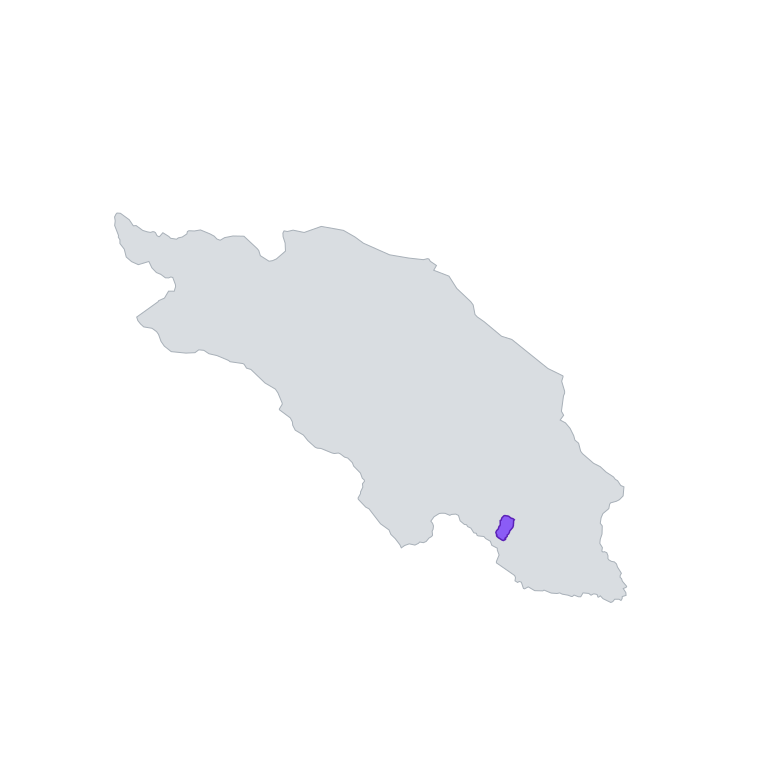 location of O'ndorxangai, Uvs, Mongolia, rotated 212°
{"feature_id": "93677404B26996117801254", "entity_name": "O'ndorxangai", "entity_type": "district", "adm_level": 2, "iso_a3": "MNG", "parent_name": "Mongolia", "parent_adm1": "Uvs", "projection": "robinson", "projection_center": [94.78, 49.157], "detail": "fine", "context": "in_parent", "style": "filled", "palette": "violet", "viewbox_px": 768, "rotation_deg": 212, "n_neighbors": 0, "source": "geoboundaries", "source_scale": "gbopen_adm2", "svg_char_len": 4978}
<svg xmlns="http://www.w3.org/2000/svg" viewBox="0 0 768 768"><g transform="rotate(212 384 384)"><path d="M68.3,326.0L70.7,326.0L74.3,323.7L74.7,320.6L75.9,318.9L84.5,318.0L88.3,319.0L89.0,317.0L89.7,316.7L91.8,318.4L93.8,317.7L95.2,316.9L96.5,314.6L99.4,314.9L104.5,312.3L104.4,307.8L106.4,306.6L111.0,305.7L111.6,303.7L112.5,303.1L115.8,302.5L121.6,300.2L124.2,300.0L126.3,298.0L131.4,295.3L139.1,294.0L139.7,292.7L146.7,288.6L154.2,288.4L156.2,284.8L157.4,284.5L162.5,288.7L164.7,288.2L165.5,286.5L168.6,286.5L169.9,289.5L171.7,290.8L193.9,291.9L194.6,293.0L195.8,300.0L199.9,303.2L200.9,304.8L207.0,304.3L210.5,307.0L215.8,306.8L218.5,307.6L223.6,305.1L224.9,305.0L226.5,306.3L229.0,305.4L233.9,307.8L237.5,307.4L239.4,308.4L241.5,307.5L246.9,308.3L251.2,312.0L254.2,311.7L257.6,309.2L258.6,307.5L263.7,306.7L266.6,305.0L268.5,303.5L271.2,298.0L271.6,292.5L269.0,291.6L266.8,289.8L265.4,286.8L265.2,284.7L262.7,281.5L262.8,279.9L264.2,277.2L264.8,272.8L266.5,270.3L270.0,268.9L270.3,267.2L272.4,263.8L277.9,261.8L280.9,258.0L282.5,254.2L285.3,256.1L292.5,258.8L298.5,260.1L302.4,262.9L312.9,263.6L330.6,270.2L334.3,269.9L344.7,272.6L345.6,273.6L345.8,278.6L346.7,280.0L347.3,285.3L349.4,288.0L349.0,291.2L350.0,292.2L352.5,292.6L356.8,296.0L366.2,298.3L369.1,300.5L375.5,302.0L378.7,301.1L384.1,301.6L386.1,301.3L389.3,298.7L391.4,298.0L403.4,295.9L406.7,294.2L408.9,293.9L418.5,295.6L425.3,298.0L434.8,297.8L439.5,300.6L441.6,303.3L445.5,305.6L458.8,306.7L459.5,307.2L459.6,313.0L460.3,313.9L469.3,320.3L473.4,322.1L485.5,321.8L504.6,325.8L509.0,324.6L513.1,326.6L514.6,326.5L526.4,321.3L528.2,321.6L540.7,319.6L548.5,316.9L554.6,317.1L559.2,314.8L560.9,310.4L568.4,305.2L581.6,298.7L590.4,299.7L595.7,302.0L601.5,306.6L604.6,307.9L610.3,308.3L618.0,305.1L622.3,305.9L626.3,307.3L629.2,309.7L619.2,334.0L619.2,335.4L615.7,340.5L615.9,348.6L611.1,351.5L612.3,356.1L613.6,357.8L619.6,362.4L621.5,361.8L622.8,359.9L625.7,358.2L631.3,358.7L636.1,357.9L642.4,359.5L648.3,363.3L655.6,355.0L662.9,354.0L669.9,355.1L675.7,360.7L682.4,363.2L684.4,366.4L687.1,367.7L687.9,369.3L696.4,375.7L698.4,379.9L701.0,382.9L701.3,386.0L701.0,387.5L698.0,389.1L687.1,388.3L680.4,385.3L678.2,387.0L670.0,386.4L665.4,387.6L662.4,388.8L660.7,390.8L659.3,391.3L657.9,391.2L655.2,389.5L653.1,389.6L652.5,390.0L651.7,395.1L644.6,395.1L642.2,394.5L636.6,396.9L635.9,398.9L633.0,401.7L630.7,406.8L631.5,409.1L630.8,410.5L625.9,413.3L621.3,417.4L611.1,419.1L606.3,419.4L602.5,418.4L599.1,419.1L596.7,423.7L590.5,429.5L581.1,435.1L563.2,431.6L560.9,430.8L556.9,427.3L546.6,427.2L543.9,429.5L541.5,433.1L538.0,444.5L542.5,451.1L547.6,455.4L549.7,458.4L549.9,460.9L546.8,462.1L542.6,466.3L532.0,470.2L520.7,484.4L499.8,492.8L486.5,493.3L476.0,492.5L447.8,496.5L429.8,503.9L416.5,510.3L413.6,513.3L412.2,513.8L409.7,512.6L402.3,512.3L402.1,506.8L386.1,509.9L372.9,503.6L354.1,499.8L350.3,498.3L343.7,491.2L340.4,490.3L332.2,489.9L309.6,486.8L299.2,489.5L253.2,484.0L236.6,485.7L236.0,485.1L234.8,480.5L227.0,473.6L225.9,471.8L225.5,469.1L219.1,454.9L215.1,452.7L215.5,446.8L209.5,447.2L202.7,445.0L195.7,440.7L192.4,437.6L187.6,436.9L181.6,431.2L178.8,430.1L164.2,427.8L156.9,428.5L149.0,427.0L140.1,426.8L137.3,425.7L134.7,425.8L129.5,423.4L126.0,423.9L121.9,415.8L123.0,410.7L124.8,407.7L128.9,403.2L128.9,401.5L127.3,397.4L129.7,390.1L129.0,385.6L126.8,380.5L123.7,379.3L119.6,372.3L118.3,366.9L116.5,363.2L112.1,361.0L110.7,357.7L109.3,357.5L108.3,358.6L105.7,359.0L103.0,357.0L101.6,354.6L100.0,354.0L97.1,354.1L94.4,355.2L91.5,354.6L89.0,352.5L82.4,349.3L82.3,346.9L81.4,345.2L79.4,344.8L77.4,343.1L71.0,341.0L70.9,339.8L72.7,337.3L68.3,335.2L66.7,333.0L69.3,330.0L68.3,328.1L68.3,326.0Z" fill="#d9dde1" stroke="#a8b0b8" stroke-width="1"/><path d="M198.6,316.8L198.7,317.0L198.8,317.2L199.0,317.2L199.3,317.2L199.5,317.2L199.5,317.3L199.6,317.5L199.5,317.8L199.5,318.0L199.4,318.0L199.3,318.3L199.2,318.4L199.2,318.5L199.1,318.8L199.0,319.2L198.8,320.1L199.5,321.2L198.9,322.7L199.0,324.5L199.5,326.0L199.3,327.1L198.8,330.5L198.9,331.0L199.2,332.4L199.7,333.2L200.3,334.4L201.7,336.9L201.5,337.9L202.0,338.0L202.4,338.1L203.0,338.1L203.5,338.1L203.8,338.0L204.1,337.9L204.3,337.8L204.5,337.7L204.9,337.7L205.3,337.6L205.6,337.6L207.3,337.8L207.5,337.8L208.0,337.9L208.3,337.9L208.5,337.8L208.7,337.7L209.1,337.6L209.3,337.5L209.5,337.5L210.2,337.1L211.8,336.5L212.5,335.7L213.1,332.9L212.5,330.6L213.1,329.8L211.0,326.5L210.6,325.3L211.0,324.3L210.3,321.5L210.8,319.4L210.6,317.9L210.5,317.4L209.7,316.7L208.8,316.0L208.7,315.9L208.6,315.7L208.4,315.8L208.2,315.8L208.1,315.7L208.1,315.4L208.2,315.2L208.0,314.9L207.9,314.8L207.8,314.7L207.7,314.7L207.4,314.6L207.2,314.6L206.9,314.5L206.7,314.4L206.4,314.4L206.2,314.4L205.9,314.4L205.7,314.3L205.5,314.2L205.4,314.2L205.4,314.3L205.2,314.3L204.9,314.3L203.1,314.2L201.9,314.2L200.8,314.2L199.6,314.7L199.4,315.6L199.1,315.7L199.1,315.8L199.0,316.0L198.9,316.1L198.7,316.3L198.6,316.8Z" fill="#8b5cf6" stroke="#5b21b6" stroke-width="1.5"/></g></svg>